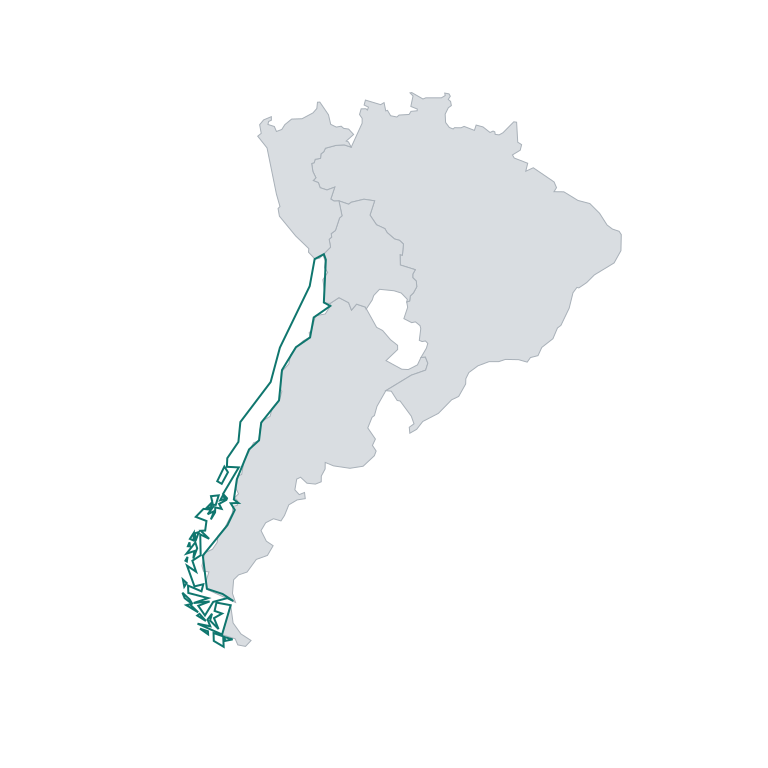 map of Chile with Argentina, Brazil, Bolivia and Peru greyed out, rotated 16°
{"feature_id": "CHL", "entity_name": "Chile", "entity_type": "country or territory", "adm_level": 0, "iso_a3": "CHL", "parent_name": "South America", "parent_adm1": "", "projection": "mercator", "projection_center": [-72.304, -36.699], "detail": "medium", "context": "with_neighbors", "style": "outline", "palette": "teal", "viewbox_px": 768, "rotation_deg": 16, "n_neighbors": 4, "source": "natural_earth", "source_scale": "50m", "svg_char_len": 6956}
<svg xmlns="http://www.w3.org/2000/svg" viewBox="0 0 768 768"><g transform="rotate(16 384 384)"><path d="M297.5,638.7L304.8,655.3L315.4,663.7L326.9,667.2L323.2,674.4L315.4,675.1L311.2,670.0L297.5,669.6L297.5,638.7ZM387.6,389.9L383.4,407.4L383.5,417.0L381.7,419.2L380.5,430.7L390.9,439.3L389.8,446.2L394.9,450.6L394.5,455.6L386.6,468.8L374.5,474.4L358.1,476.6L349.1,475.6L350.8,481.9L349.1,489.8L350.6,495.3L345.7,499.1L337.3,500.6L329.5,496.6L326.3,499.5L327.5,510.3L333.0,513.7L337.5,510.2L339.9,515.9L332.4,519.4L325.8,526.4L324.6,537.8L322.7,544.0L314.9,544.0L308.5,550.0L306.2,558.8L314.2,567.5L322.0,570.0L319.2,580.9L309.6,587.8L304.2,602.5L296.8,607.6L293.4,613.6L296.1,627.2L301.5,634.9L270.7,630.3L267.3,622.6L267.5,612.9L262.0,613.7L259.1,609.0L258.4,595.6L264.7,590.1L267.3,582.2L266.3,576.0L270.7,565.7L273.7,550.1L272.8,543.2L276.4,541.1L275.5,536.7L271.7,534.4L274.4,529.7L270.7,525.4L268.8,512.5L272.1,510.3L270.7,496.9L274.8,476.5L279.7,472.7L277.2,462.5L277.2,453.1L283.4,446.5L283.2,438.1L287.9,428.4L287.9,419.3L285.8,417.5L282.0,400.8L287.0,391.0L286.2,381.9L289.2,373.4L294.5,364.7L300.3,359.0L297.9,355.4L299.6,352.4L299.3,337.3L308.2,332.9L311.0,323.6L310.0,321.4L316.9,313.4L327.6,315.6L332.4,322.0L335.6,314.8L344.9,315.2L361.3,331.6L368.0,333.0L378.0,339.6L386.4,343.1L387.6,347.1L379.5,361.0L397.0,364.9L403.4,363.4L410.9,356.4L412.2,348.4L416.3,346.6L420.4,351.9L420.2,359.2L407.8,368.0L387.6,389.9Z" fill="#d9dde1" stroke="#a8b0b8" stroke-width="1"/><path d="M422.4,424.2L420.2,418.6L423.8,414.0L419.1,407.4L404.2,395.9L401.2,396.2L393.0,388.9L387.6,389.9L407.8,368.0L420.2,359.2L420.4,351.9L416.3,346.6L412.2,348.4L414.9,337.8L414.9,332.9L412.0,331.2L408.9,332.7L405.9,332.3L404.1,320.7L402.6,318.0L397.1,315.6L393.7,317.4L385.1,315.7L385.6,303.7L383.2,298.9L385.8,297.1L385.0,292.1L387.2,288.3L388.7,281.5L386.7,276.2L382.3,273.8L381.4,270.4L382.6,265.5L366.9,265.1L363.8,255.2L366.2,255.1L364.1,244.1L359.3,241.6L354.2,241.7L345.3,237.6L342.0,234.4L332.9,233.0L324.0,225.5L324.5,210.5L313.8,211.9L302.3,218.4L300.5,220.9L290.2,220.4L285.6,221.9L281.9,220.9L282.4,208.3L275.7,213.2L268.5,212.9L265.4,208.5L259.9,208.0L261.7,204.5L257.1,199.4L253.7,192.0L255.9,190.5L255.9,187.0L260.8,184.6L260.0,180.2L262.1,177.3L262.7,173.5L272.0,167.9L279.9,165.1L287.2,165.4L291.1,139.4L289.8,134.7L286.2,131.7L286.2,125.8L290.8,124.4L292.5,125.3L292.8,122.2L288.0,121.3L287.9,116.2L303.8,116.4L306.5,113.5L310.4,121.0L311.9,120.0L316.4,124.3L322.8,123.8L324.4,121.3L333.8,118.0L334.8,114.5L340.6,112.2L340.2,110.5L333.3,109.8L332.5,99.1L328.8,97.0L330.3,96.2L342.9,99.3L345.3,97.4L360.3,93.1L363.3,89.9L362.2,87.6L366.5,87.2L368.4,89.1L367.3,92.7L370.1,94.0L372.0,97.8L369.7,100.7L368.4,107.7L371.1,115.6L376.1,119.4L380.2,119.8L381.1,118.2L387.4,116.5L390.0,114.3L401.0,115.3L401.2,109.7L408.3,109.6L416.6,113.0L419.1,110.8L421.0,111.1L422.1,113.4L426.0,112.8L429.1,109.7L436.5,96.2L439.3,95.8L445.9,114.7L450.3,116.0L450.5,121.7L444.3,128.4L446.9,130.9L461.3,132.2L461.6,140.4L467.9,135.0L491.8,142.9L495.7,147.7L494.4,152.3L503.9,149.7L519.8,154.1L532.1,153.8L544.2,160.5L554.6,169.7L560.9,172.1L567.9,172.4L570.9,175.0L575.0,190.5L571.8,204.2L556.1,221.2L550.9,230.6L544.8,237.9L542.8,238.0L540.5,244.2L541.1,260.1L537.9,278.9L535.3,282.3L533.9,293.9L525.6,305.3L524.2,314.3L517.5,318.2L515.6,323.5L506.7,323.5L493.9,326.9L488.1,330.9L478.9,333.5L469.3,340.6L462.4,349.6L461.2,356.4L462.5,361.5L459.2,375.4L453.4,380.5L444.4,397.2L431.6,409.3L427.9,418.5L422.4,424.2Z" fill="#d9dde1" stroke="#a8b0b8" stroke-width="1"/><path d="M290.2,220.4L300.5,220.9L302.3,218.4L313.8,211.9L324.5,210.5L324.0,225.5L332.9,233.0L342.0,234.4L345.3,237.6L354.2,241.7L359.3,241.6L364.1,244.1L366.2,255.1L363.8,255.2L366.9,265.1L382.6,265.5L381.4,270.4L382.3,273.8L386.7,276.2L388.7,281.5L387.2,288.3L385.0,292.1L385.8,297.1L383.2,298.9L383.1,296.2L375.5,291.8L367.9,291.6L353.6,294.2L349.7,301.8L349.5,306.5L346.2,317.1L344.9,315.2L335.6,314.8L332.4,322.0L327.6,315.6L316.9,313.4L310.0,321.4L304.1,322.6L300.9,310.4L296.5,300.6L299.1,292.2L294.8,288.5L293.7,282.3L289.7,276.4L294.9,267.2L291.4,260.0L293.2,257.2L291.8,254.0L295.0,249.8L295.5,236.7L297.3,233.9L290.2,220.4Z" fill="#d9dde1" stroke="#a8b0b8" stroke-width="1"/><path d="M287.2,165.4L279.9,165.1L272.0,167.9L262.7,173.5L262.1,177.3L260.0,180.2L260.8,184.6L255.9,187.0L255.9,190.5L253.7,192.0L257.1,199.4L261.7,204.5L259.9,208.0L265.4,208.5L268.5,212.9L275.7,213.2L282.4,208.3L281.9,220.9L285.6,221.9L290.2,220.4L297.3,233.9L295.5,236.7L295.0,249.8L291.8,254.0L293.2,257.2L291.4,260.0L294.9,267.2L287.5,280.8L283.3,283.0L275.1,278.1L274.4,274.6L258.2,266.0L237.2,251.5L233.8,244.5L235.1,242.1L228.2,231.0L206.5,189.3L194.3,180.6L196.9,176.9L193.0,169.0L195.5,163.3L202.0,158.1L203.0,161.5L200.7,163.5L200.9,166.5L207.6,166.7L211.0,170.9L215.6,167.5L217.2,162.0L222.2,154.8L232.1,151.6L241.0,143.0L243.5,137.7L242.4,131.5L244.6,130.7L256.4,140.5L261.2,149.1L267.3,150.2L271.8,148.0L274.8,149.4L279.7,148.7L286.0,152.5L280.7,160.9L283.1,161.1L287.2,165.4Z" fill="#d9dde1" stroke="#a8b0b8" stroke-width="1"/><path d="M282.9,283.0L290.4,275.8L293.8,280.5L303.7,322.2L310.8,323.8L298.1,339.4L300.1,359.6L289.2,372.9L282.1,398.7L287.6,428.7L276.6,455.0L279.4,472.6L272.3,484.1L268.8,516.1L271.5,536.4L276.9,538.5L269.5,540.9L275.3,546.2L272.4,562.9L257.1,598.9L270.2,629.7L286.7,630.3L299.0,634.1L292.6,632.9L279.9,640.5L275.7,655.8L266.6,648.4L276.3,641.1L261.4,647.0L274.0,638.3L253.5,638.8L251.2,631.8L265.7,633.6L265.5,626.3L257.6,630.8L244.7,612.9L255.2,616.3L248.5,606.7L255.0,599.2L248.8,579.2L258.6,581.0L248.3,575.6L252.5,574.2L251.1,564.6L239.7,563.6L244.9,553.8L252.3,552.5L254.0,548.2L250.4,557.8L255.8,553.0L254.9,561.9L257.0,554.0L255.8,549.1L262.3,548.8L258.5,544.7L264.4,538.9L264.6,537.1L259.6,534.0L267.4,504.2L255.8,506.9L253.8,498.5L260.0,479.8L256.4,460.1L274.5,413.3L273.9,377.7L285.6,310.4L282.9,283.0ZM297.6,638.9L297.4,669.4L270.8,665.8L283.8,664.8L279.3,659.0L282.0,652.2L282.0,659.3L292.5,665.2L285.1,655.9L291.6,649.3L283.7,648.8L283.2,640.3L297.6,638.9ZM255.5,524.7L250.5,523.4L253.3,507.4L258.3,511.8L255.5,524.7ZM249.7,593.4L248.8,604.3L247.7,596.9L240.9,601.5L246.3,588.3L249.7,593.4ZM288.8,670.4L299.0,670.9L302.3,680.8L291.2,677.9L288.8,670.4ZM255.8,536.6L255.6,546.6L252.8,547.3L248.6,539.5L255.8,536.6ZM258.1,649.3L268.3,654.7L254.9,651.1L258.1,649.3ZM270.0,655.8L278.1,660.9L268.3,658.1L270.0,655.8ZM308.9,671.2L302.2,674.7L300.3,671.2L308.9,671.2ZM246.8,577.4L246.1,586.9L243.4,579.6L246.8,577.4ZM244.1,586.9L240.1,586.4L242.2,579.5L244.1,586.9ZM263.6,537.9L258.6,540.9L259.7,536.1L263.6,537.9ZM244.6,627.4L249.2,629.7L247.9,633.9L244.6,627.4ZM247.8,640.2L256.5,644.6L260.7,648.5L251.4,644.8L247.8,640.2ZM251.7,550.7L248.0,551.3L251.1,545.5L251.7,550.7ZM274.6,669.9L282.9,670.2L283.9,673.1L274.6,669.9ZM240.7,589.8L242.2,593.6L240.2,594.0L240.7,589.8ZM242.8,604.3L243.4,609.0L241.8,608.6L242.8,604.3Z" fill="none" stroke="#0f766e" stroke-width="2"/></g></svg>